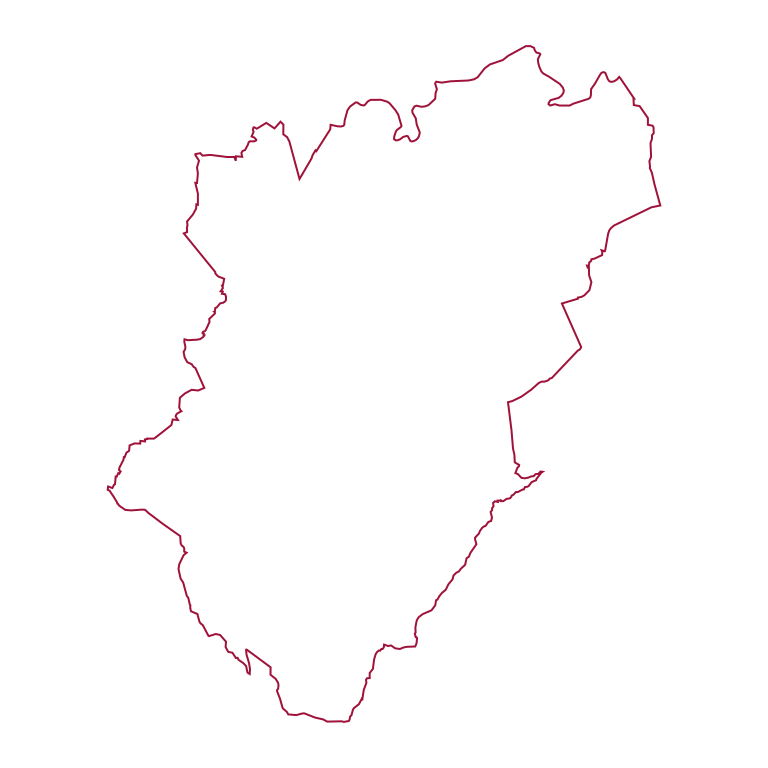 the district of Penjamillo, Michoacán, Mexico
{"feature_id": "50627088B96550332403790", "entity_name": "Penjamillo", "entity_type": "district", "adm_level": 2, "iso_a3": "MEX", "parent_name": "Mexico", "parent_adm1": "Michoacán", "projection": "albers", "projection_center": [-101.903, 20.095], "detail": "fine", "context": "isolated", "style": "outline", "palette": "rose", "viewbox_px": 768, "rotation_deg": 0, "n_neighbors": 0, "source": "geoboundaries", "source_scale": "gbopen_adm2", "svg_char_len": 6073}
<svg xmlns="http://www.w3.org/2000/svg" viewBox="0 0 768 768"><path d="M330.6,124.8L330.2,129.4L316.3,151.2L315.5,150.3L312.6,155.2L311.4,158.7L299.5,179.0L289.4,141.6L287.1,137.1L283.3,134.3L283.4,124.6L280.5,121.7L274.5,128.4L266.3,122.9L256.8,128.7L254.3,127.3L253.5,127.4L252.8,129.7L253.6,131.8L251.6,136.5L254.4,137.6L256.3,139.8L256.2,140.4L254.4,141.3L249.8,141.3L248.7,142.2L247.8,144.9L245.4,149.4L245.0,150.1L242.5,151.0L241.4,153.0L242.2,156.8L235.9,156.3L235.8,160.8L234.3,157.0L227.0,157.0L210.3,154.9L202.5,155.6L200.3,153.2L195.4,154.1L195.3,154.9L199.0,160.7L197.0,167.5L197.9,173.4L197.0,183.0L195.3,182.8L197.9,193.6L197.9,204.8L196.4,204.3L196.1,208.6L192.9,214.5L187.1,221.4L187.5,225.7L186.9,227.2L187.1,232.1L183.8,233.4L215.3,272.1L215.4,273.6L218.1,276.4L224.2,278.8L222.8,285.9L222.1,285.8L222.9,288.0L220.7,291.3L222.8,291.6L222.0,293.8L225.1,294.2L226.0,296.7L226.0,299.7L225.3,301.3L223.2,302.7L220.1,303.4L216.7,307.5L215.3,307.9L214.9,311.2L214.2,311.6L214.9,312.0L214.9,313.5L209.2,319.0L209.5,322.0L205.8,330.0L204.8,331.2L203.2,331.7L202.6,332.8L202.6,333.3L203.8,333.7L203.6,335.1L204.4,335.3L203.4,336.8L200.2,339.1L196.8,339.7L188.0,340.2L184.5,339.3L184.3,341.8L185.4,346.9L185.2,349.1L183.6,351.9L184.6,357.3L187.3,362.2L191.7,364.2L193.6,366.9L195.4,368.0L204.3,387.9L198.2,390.5L191.6,389.8L185.0,393.4L179.9,397.7L179.2,407.4L180.6,410.5L181.4,411.2L177.4,413.4L176.2,414.7L175.6,416.3L177.9,420.0L172.7,419.5L171.4,425.0L158.0,435.6L154.0,438.6L147.1,438.6L147.1,439.1L144.9,439.4L145.0,441.4L140.4,440.9L140.2,443.6L134.7,443.4L129.6,445.4L129.1,450.8L126.4,452.7L124.7,457.2L123.9,457.1L123.4,459.9L119.5,467.5L119.0,470.1L120.6,471.4L119.3,473.7L118.3,473.1L116.7,476.6L115.7,476.5L115.0,484.2L114.0,484.8L112.4,488.0L108.1,486.5L107.7,489.8L109.5,490.6L113.7,496.8L117.2,502.6L117.3,503.6L118.3,504.2L119.1,505.6L125.3,509.9L131.2,510.4L142.3,509.6L145.1,509.8L148.3,512.9L162.5,523.6L180.2,536.1L180.7,543.5L181.8,545.6L183.4,546.8L184.2,548.3L184.2,551.6L186.6,552.7L183.6,555.2L179.3,564.1L178.5,569.0L180.6,578.6L183.2,582.6L186.8,595.9L188.3,597.9L189.9,604.9L190.4,605.3L190.2,607.7L191.0,611.3L197.4,614.0L199.4,621.6L200.4,623.2L202.9,625.3L208.3,635.6L209.0,636.1L215.8,634.0L220.1,635.0L226.0,641.7L225.6,647.1L228.3,651.9L232.4,652.7L235.9,658.0L237.6,657.8L238.5,659.8L243.3,663.1L246.1,666.0L247.5,672.6L249.7,674.0L250.0,669.1L249.0,662.9L246.5,654.6L246.1,649.7L246.7,649.6L270.6,667.3L270.5,674.7L275.8,679.0L278.1,682.9L278.5,685.2L278.1,688.9L277.2,689.8L277.0,691.0L280.0,698.7L282.4,707.3L283.1,708.7L286.7,711.7L288.3,714.4L296.2,715.1L302.7,713.4L304.4,713.4L315.2,717.6L323.1,719.4L327.2,721.6L341.4,721.3L344.0,721.9L348.8,721.0L349.6,719.5L350.1,716.7L351.5,715.1L352.9,709.8L353.9,708.1L359.0,704.1L362.0,698.3L362.4,698.8L363.8,689.8L366.4,682.8L366.0,679.8L367.1,678.2L369.7,678.1L369.7,673.0L372.9,668.9L374.1,659.4L375.7,654.1L377.0,652.1L379.0,650.4L380.1,650.7L381.4,649.0L382.6,649.0L383.8,647.4L384.1,644.6L388.0,646.0L391.2,645.5L395.1,648.3L399.9,649.0L403.4,647.5L406.9,646.8L415.2,646.5L416.5,643.5L417.1,638.1L416.5,637.2L415.7,637.2L414.8,633.6L415.6,632.5L415.4,627.4L416.6,621.0L417.5,619.0L418.7,617.2L422.7,614.1L431.5,610.3L435.2,605.4L436.1,600.2L437.4,599.6L439.5,595.9L442.0,592.9L445.8,589.7L448.4,584.3L452.5,579.4L453.5,575.5L456.1,572.9L459.0,571.3L460.8,568.8L465.1,564.8L466.6,558.2L468.9,556.7L470.4,552.9L476.4,544.2L475.1,539.4L475.1,537.6L478.8,533.7L480.2,530.5L482.3,527.7L484.2,526.3L485.5,526.0L488.4,521.9L491.1,521.0L492.0,517.5L490.6,512.0L492.1,510.2L492.1,508.2L493.5,506.3L493.1,503.0L494.8,501.3L497.8,501.9L497.6,500.6L499.3,500.7L500.7,500.2L501.0,501.2L503.4,501.1L506.5,498.9L510.0,498.3L511.3,496.8L511.6,495.6L513.4,494.8L515.9,492.0L517.7,492.1L522.9,489.4L523.9,489.4L524.9,487.1L527.3,486.8L528.8,485.9L531.6,482.1L536.1,480.2L536.5,478.8L541.4,472.6L542.6,471.8L540.5,471.5L538.5,473.8L535.4,474.2L533.8,476.1L530.8,476.5L528.7,477.5L524.9,478.3L521.5,477.9L517.9,474.1L515.4,473.1L517.3,468.0L519.0,466.1L519.2,465.0L514.8,462.4L514.4,454.8L513.0,448.4L511.5,430.3L508.0,402.2L512.2,401.1L521.5,396.6L531.3,389.6L538.7,383.0L541.8,381.6L544.1,381.7L546.5,381.0L548.4,380.2L549.7,378.6L551.7,378.1L577.7,350.7L580.0,349.3L581.2,347.1L561.9,303.5L577.9,298.7L577.9,297.6L581.5,296.9L584.4,295.3L589.4,290.2L591.4,282.2L589.1,275.3L588.9,267.3L587.7,267.6L587.0,265.6L588.7,265.9L589.3,262.4L591.2,260.9L591.4,259.3L594.5,258.6L602.1,255.1L602.3,252.1L601.6,250.3L604.7,251.3L605.1,250.8L608.1,233.9L609.2,230.6L610.5,228.6L614.0,225.5L651.4,207.3L660.3,205.5L654.4,184.0L651.9,172.8L649.8,168.0L650.1,166.9L649.4,161.1L651.1,156.9L650.5,143.2L652.0,138.8L652.0,135.2L653.7,133.2L653.5,127.2L652.6,125.7L647.9,124.8L647.9,118.0L639.6,106.1L633.8,105.1L633.5,98.7L634.2,98.7L620.3,78.1L619.2,76.9L617.1,79.4L614.6,81.0L612.4,81.8L610.3,81.7L609.0,80.9L607.8,79.1L605.3,72.8L603.5,72.1L601.4,72.9L599.9,75.0L594.8,83.9L591.1,89.1L590.9,95.1L590.3,97.4L588.6,98.8L573.2,103.7L569.8,105.5L559.4,105.5L554.9,104.2L550.2,105.5L548.6,104.3L548.6,103.0L550.5,100.2L558.6,97.9L561.5,95.7L563.4,92.8L563.8,90.4L562.9,87.7L559.8,83.9L549.0,76.7L543.3,73.5L541.4,71.5L539.3,66.8L538.2,62.7L537.9,59.2L540.3,54.2L539.7,53.4L536.4,52.6L534.8,50.3L534.0,47.8L530.4,46.1L525.9,46.1L508.0,55.9L502.9,60.0L490.0,64.4L484.6,68.4L477.7,77.2L474.1,79.3L468.4,80.5L450.6,81.3L441.8,82.6L436.2,81.7L435.1,83.5L436.9,89.3L435.6,92.9L435.2,98.8L428.5,105.1L425.0,106.4L421.4,106.8L416.5,105.7L414.5,106.4L412.2,110.3L412.5,112.7L415.8,118.4L416.7,124.5L419.8,132.5L419.0,136.1L417.7,138.4L415.6,140.2L413.6,141.1L411.8,141.5L410.3,140.9L407.9,136.3L406.8,135.9L403.0,137.0L400.1,139.3L397.7,140.2L395.9,140.4L394.0,139.1L394.3,136.3L395.9,131.5L396.8,130.1L400.9,127.0L401.5,125.8L398.2,114.5L395.3,110.0L389.6,103.3L387.5,101.8L381.0,99.8L370.6,99.9L367.7,101.5L364.8,105.0L363.5,105.5L360.5,104.8L357.3,102.5L355.5,102.5L350.0,106.6L347.5,110.2L344.7,120.3L344.3,124.6L343.5,125.8L341.1,126.5L337.6,126.3L330.6,124.8Z" fill="none" stroke="#9f1239" stroke-width="2"/></svg>